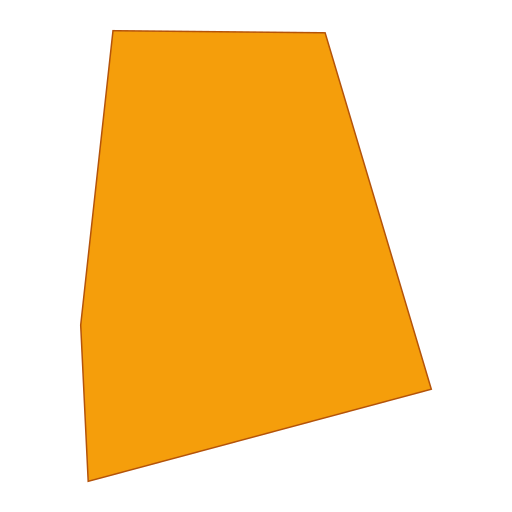 outline of Beau Bassin-Rose Hill
{"feature_id": "MUS-5181", "entity_name": "Beau Bassin-Rose Hill", "entity_type": "City", "adm_level": 1, "iso_a3": "MUS", "parent_name": "Mauritius", "parent_adm1": "", "projection": "equal_earth", "projection_center": [57.468, -20.238], "detail": "fine", "context": "isolated", "style": "filled", "palette": "amber", "viewbox_px": 512, "rotation_deg": 0, "n_neighbors": 0, "source": "natural_earth", "source_scale": "10m", "svg_char_len": 199}
<svg xmlns="http://www.w3.org/2000/svg" viewBox="0 0 512 512"><path d="M88.2,481.3L80.7,325.1L113.0,30.7L325.1,32.8L431.3,389.2L88.2,481.3Z" fill="#f59e0b" stroke="#b45309" stroke-width="1.5"/></svg>